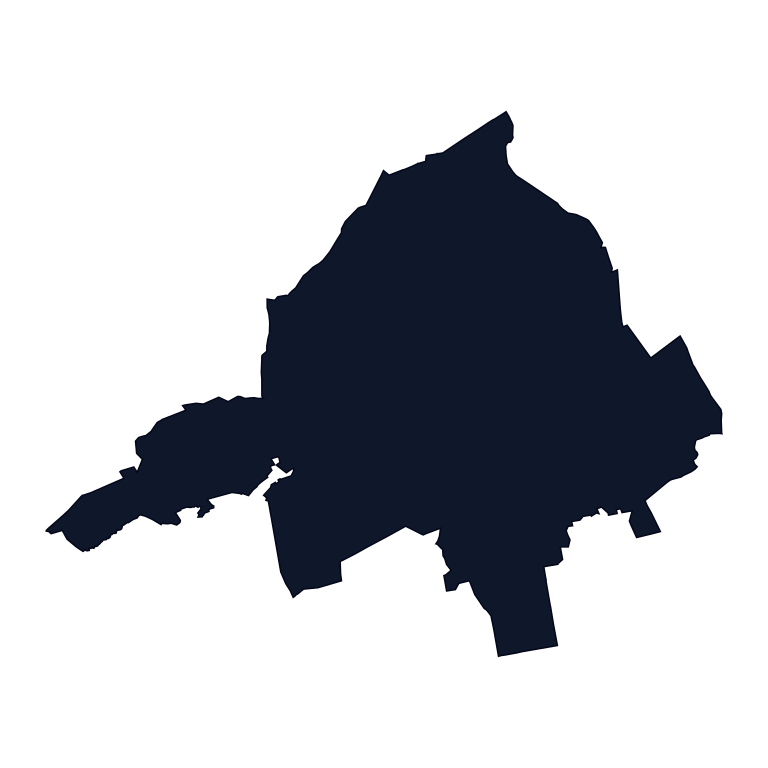 Zasas pag., Jekabpils, Latvia (Mercator projection)
{"feature_id": "27541924B5500268657762", "entity_name": "Zasas pag.", "entity_type": "district", "adm_level": 2, "iso_a3": "LVA", "parent_name": "Latvia", "parent_adm1": "Jekabpils", "projection": "mercator", "projection_center": [25.994, 56.276], "detail": "fine", "context": "isolated", "style": "filled", "palette": "ink", "viewbox_px": 768, "rotation_deg": 0, "n_neighbors": 0, "source": "geoboundaries", "source_scale": "gbopen_adm2", "svg_char_len": 5983}
<svg xmlns="http://www.w3.org/2000/svg" viewBox="0 0 768 768"><path d="M81.6,550.5L82.1,550.4L82.4,551.0L83.0,551.4L83.9,550.9L84.6,549.8L85.6,550.3L87.1,550.8L87.9,550.7L88.3,550.5L89.2,550.5L89.4,550.1L88.9,548.8L88.9,548.4L89.2,548.0L90.8,548.4L91.8,548.2L92.3,547.6L92.8,547.5L93.1,548.0L93.4,548.2L93.7,548.3L93.8,548.2L94.3,547.9L94.7,546.9L94.9,546.0L95.4,546.0L95.8,546.3L96.4,546.3L97.2,546.2L97.7,545.9L98.0,545.5L97.9,545.0L98.0,544.4L98.8,544.5L99.3,544.3L100.6,542.8L102.4,541.2L102.8,540.3L103.3,540.1L106.6,539.5L106.8,539.0L106.7,538.7L106.8,538.5L107.1,538.1L108.0,538.3L108.5,538.5L108.9,538.3L109.5,537.5L110.0,537.2L110.3,536.8L110.3,536.2L110.8,534.9L111.4,534.5L111.7,534.6L112.0,534.5L112.7,533.8L112.9,533.4L113.2,533.3L114.5,533.4L115.8,533.3L116.1,533.1L116.6,531.7L116.5,531.2L116.9,530.1L117.9,530.1L118.0,530.2L120.1,529.9L121.4,529.0L121.9,528.2L122.5,525.2L123.6,525.2L126.8,522.8L128.5,522.6L133.3,519.4L137.1,518.0L138.5,515.9L140.0,515.0L141.3,515.0L143.3,515.7L144.1,515.8L145.6,516.3L152.3,519.4L161.1,524.6L161.9,523.4L167.6,523.8L171.3,523.3L176.7,525.0L179.9,522.6L180.4,520.4L175.4,512.6L180.7,510.3L180.9,509.1L186.9,507.1L190.7,507.5L192.3,507.0L194.4,507.0L195.3,505.7L198.0,507.3L199.5,506.2L200.9,507.4L201.0,508.9L197.8,513.1L199.0,514.6L198.0,517.1L202.3,516.8L202.4,516.1L203.6,515.0L204.4,513.2L209.0,511.4L208.7,509.5L209.5,509.1L213.7,507.8L213.8,506.0L211.4,504.6L208.0,500.3L207.8,499.1L231.9,492.5L239.5,493.4L241.6,494.2L242.5,493.4L248.5,495.6L253.1,489.9L256.9,486.7L258.3,484.5L262.2,481.3L267.7,477.3L266.9,476.0L271.9,470.3L270.4,467.6L271.1,465.8L274.7,464.8L271.4,459.5L271.8,458.5L278.4,456.7L279.0,458.0L279.9,462.1L280.1,462.4L277.6,464.0L276.4,465.1L286.2,472.7L286.5,472.8L287.0,472.4L292.1,468.8L293.7,468.5L293.5,470.6L293.3,471.7L291.0,476.0L290.6,476.3L290.4,476.1L280.6,479.4L280.1,478.8L278.1,479.8L278.8,482.0L275.9,483.8L275.3,482.4L271.3,484.7L270.6,487.6L263.6,495.3L266.7,497.8L265.9,500.4L268.3,501.0L271.6,519.3L280.8,572.1L285.8,583.7L290.3,590.8L293.2,597.4L295.7,595.5L295.8,595.3L295.5,594.7L296.4,594.3L297.4,594.2L303.6,589.1L318.0,587.7L341.5,580.8L340.6,573.9L340.2,561.5L352.2,555.4L356.9,552.9L367.9,546.7L386.5,536.8L405.7,526.2L421.4,534.1L423.2,534.9L426.1,533.6L440.5,528.2L439.9,533.0L439.4,536.4L437.8,541.0L436.0,543.7L436.4,543.7L437.0,544.3L438.0,544.7L438.0,544.9L440.5,547.6L442.7,549.6L443.0,554.9L443.1,555.9L444.8,558.7L446.5,564.4L451.1,570.3L445.6,575.0L443.9,575.5L446.6,591.0L455.4,589.6L458.8,583.4L468.9,580.9L469.8,581.8L471.9,587.0L474.7,594.4L484.2,608.4L486.0,609.6L487.3,610.9L491.2,616.0L491.1,616.3L493.8,629.5L497.3,649.4L498.5,656.3L501.4,655.5L505.1,655.0L516.7,652.9L521.9,651.7L557.4,645.5L553.6,625.1L550.5,606.4L550.4,606.4L545.8,579.9L546.1,579.9L545.5,577.0L543.8,566.7L557.7,564.3L557.6,564.0L562.6,559.5L560.3,546.9L568.3,546.9L570.0,539.9L567.3,534.1L566.2,530.6L568.1,526.3L572.6,525.8L571.6,521.5L579.8,520.2L581.5,518.3L583.1,516.2L584.7,516.1L590.8,515.1L591.4,516.2L596.3,513.0L599.0,513.7L596.9,508.9L598.6,508.1L601.5,507.1L608.2,513.1L608.5,515.2L617.2,513.5L616.3,509.7L620.6,508.7L622.0,512.6L632.2,510.8L629.4,521.1L631.3,525.8L636.6,537.5L651.9,533.8L660.4,531.6L651.3,513.0L647.2,505.7L645.0,500.6L667.1,482.3L670.1,480.2L672.0,479.4L681.1,477.0L683.3,475.5L691.1,471.8L695.1,469.1L697.2,466.7L694.8,464.4L693.3,460.6L693.5,459.8L693.7,459.6L695.7,458.4L696.2,457.7L697.7,454.8L697.7,454.1L697.1,452.6L696.8,452.1L694.9,450.2L694.7,449.1L694.4,447.2L694.4,446.9L695.7,440.8L695.8,440.5L696.6,439.8L702.1,438.0L704.3,436.8L709.3,435.2L709.8,433.8L718.5,433.4L721.9,433.7L721.7,433.2L721.2,420.2L721.7,413.6L720.9,409.5L712.4,398.1L710.4,395.2L708.9,391.4L705.6,386.0L700.2,377.4L694.2,366.5L693.7,366.8L687.9,351.4L686.8,348.0L680.1,336.0L650.8,358.0L627.1,325.2L623.0,326.9L621.8,322.4L620.6,312.1L620.1,306.5L617.4,269.9L611.5,272.3L612.2,268.2L608.4,257.0L605.4,247.4L603.3,247.3L600.9,247.7L602.4,242.7L602.2,242.3L598.9,236.4L596.3,231.5L593.5,227.2L588.6,220.6L588.0,220.1L586.9,219.4L576.8,214.8L575.4,214.4L568.1,213.1L567.6,212.8L562.1,208.7L559.1,205.7L558.7,205.1L558.4,204.7L557.6,203.4L521.2,178.9L517.8,176.8L515.8,175.3L513.0,172.1L507.5,163.9L506.2,156.1L506.0,154.1L505.8,149.9L505.6,147.9L505.6,146.4L505.7,146.0L506.4,144.7L507.4,143.0L507.7,142.7L508.4,142.4L510.6,142.0L511.8,140.0L512.9,137.9L513.0,137.5L513.0,136.9L512.8,136.3L512.6,135.2L512.6,134.4L513.0,125.6L512.1,123.2L509.1,116.9L506.1,111.7L504.2,112.9L504.2,113.0L494.2,119.3L492.8,119.9L488.5,122.6L476.2,130.8L463.7,138.9L442.9,152.9L441.9,153.1L437.7,153.7L437.0,153.5L436.6,154.1L426.3,155.6L425.5,161.9L424.5,161.7L418.2,163.5L417.8,163.4L417.7,163.7L411.2,166.7L404.4,169.5L402.9,169.8L389.1,175.2L383.5,170.6L380.9,176.1L366.0,205.4L360.3,207.2L358.2,208.1L345.4,221.4L341.6,228.7L341.4,232.7L337.5,239.0L329.8,251.8L323.1,260.2L319.0,263.7L316.0,265.4L312.8,267.4L307.8,272.4L303.4,275.8L295.7,287.9L292.0,291.0L289.0,294.1L288.9,294.5L288.8,295.0L288.2,295.4L287.7,295.6L286.4,295.3L278.0,296.7L277.5,297.0L275.1,300.0L274.9,300.1L273.5,300.1L267.1,299.1L267.2,308.0L267.6,309.2L268.9,314.4L269.6,320.8L269.7,324.5L269.4,333.3L268.0,338.5L266.8,345.8L266.8,349.7L266.9,351.2L262.1,355.3L261.9,356.3L261.3,372.4L261.8,379.0L261.9,396.3L263.5,398.2L261.3,398.3L258.8,398.5L254.1,397.7L249.5,398.0L245.4,398.5L244.2,398.2L240.3,396.6L237.7,396.4L228.7,401.4L228.0,401.5L227.4,401.3L218.8,397.3L218.4,397.4L204.0,403.8L202.8,404.0L196.0,403.3L185.5,404.9L182.6,405.6L185.9,410.2L162.1,419.5L161.2,420.3L157.3,422.4L152.2,429.7L151.4,431.2L145.7,435.7L143.6,436.0L138.7,437.5L135.6,441.0L135.5,441.4L136.2,448.4L136.6,453.3L142.4,459.3L137.2,472.3L133.8,467.0L121.1,470.8L119.9,471.8L121.5,474.3L123.9,478.3L90.9,492.7L82.4,495.5L82.3,495.4L81.2,496.4L68.6,510.3L63.1,515.4L48.3,528.4L46.4,530.3L46.1,531.0L46.6,531.2L48.4,531.5L48.8,531.6L51.1,533.7L62.3,530.4L67.1,539.2L75.9,546.6L81.6,550.5Z" fill="#0f172a" stroke="#020617" stroke-width="1.5"/></svg>